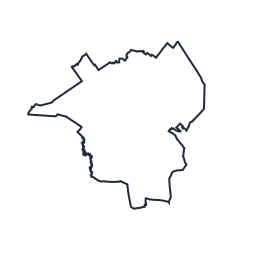 Balint, Timis, Romania, rotated 158°
{"feature_id": "2599482B87339498745971", "entity_name": "Balint", "entity_type": "district", "adm_level": 2, "iso_a3": "ROU", "parent_name": "Romania", "parent_adm1": "Timis", "projection": "mercator", "projection_center": [21.883, 45.829], "detail": "fine", "context": "isolated", "style": "outline", "palette": "slate", "viewbox_px": 256, "rotation_deg": 158, "n_neighbors": 0, "source": "geoboundaries", "source_scale": "gbopen_adm2", "svg_char_len": 5793}
<svg xmlns="http://www.w3.org/2000/svg" viewBox="0 0 256 256"><g transform="rotate(158 128 128)"><path d="M152.3,206.4L152.7,205.9L153.2,205.9L154.1,205.4L154.4,205.4L154.7,205.6L155.8,205.3L156.1,205.8L156.5,206.0L156.9,205.9L157.3,205.5L155.4,198.2L153.2,188.7L186.6,181.4L187.7,180.9L188.4,180.3L188.8,180.3L190.5,180.3L200.8,181.7L201.4,182.0L202.1,182.5L203.8,184.3L204.2,184.6L205.1,184.5L206.0,183.7L206.7,183.7L207.4,183.2L207.5,182.8L208.0,182.9L208.8,183.5L209.3,183.7L209.6,183.3L209.6,182.6L210.0,181.9L211.1,181.6L211.7,180.9L213.1,180.5L214.5,179.4L214.7,179.2L214.9,178.3L215.4,178.1L215.3,177.9L208.1,174.3L190.7,165.9L189.9,166.1L188.4,167.0L187.9,166.9L184.5,164.2L180.8,161.6L180.8,161.0L180.5,161.0L180.1,160.2L179.7,159.7L177.4,156.2L175.5,153.6L171.2,147.3L170.8,146.1L172.1,145.4L172.9,144.7L173.7,144.5L176.3,143.3L173.5,137.0L174.1,136.3L174.0,135.9L173.8,135.8L173.2,136.2L172.8,135.8L172.8,135.1L173.4,134.5L173.6,134.2L172.8,133.1L173.6,132.2L173.8,131.5L174.3,131.6L174.8,132.0L174.8,131.5L175.5,131.4L175.0,131.1L174.8,130.7L175.3,130.5L175.7,130.1L176.0,130.2L176.3,129.9L176.3,129.7L175.8,128.5L175.9,128.3L176.6,128.4L176.6,127.6L176.4,127.3L175.7,127.0L175.8,126.7L176.1,126.6L176.2,126.9L176.5,127.0L176.8,126.5L177.3,126.2L177.0,125.9L177.0,125.6L177.2,125.4L177.9,125.1L177.4,124.6L176.7,124.5L176.6,124.3L177.0,124.0L177.0,123.1L177.7,123.1L177.3,122.6L177.3,122.3L178.1,122.2L177.8,121.1L178.0,121.0L178.3,121.4L178.7,121.4L178.4,120.6L179.2,120.4L179.3,120.1L178.9,120.0L178.6,119.1L178.2,118.8L178.2,119.6L178.1,119.8L177.8,119.6L177.8,119.0L177.4,118.7L177.0,118.8L177.1,119.2L176.7,119.4L176.5,119.7L176.5,119.2L175.6,118.9L175.5,119.1L175.6,119.4L175.2,119.3L175.0,119.9L175.0,119.5L174.6,119.5L174.5,119.1L173.6,119.2L173.9,119.0L174.0,118.8L174.8,118.6L174.8,118.2L174.5,117.7L174.0,117.6L173.7,117.7L173.6,118.2L173.1,118.2L173.1,117.8L173.4,117.5L173.6,117.1L173.6,116.5L173.2,116.2L172.8,116.7L172.5,116.1L172.9,115.7L172.9,115.4L172.1,115.1L172.0,114.4L172.3,114.8L172.6,114.5L173.2,114.8L173.3,114.6L173.3,114.4L173.0,114.2L173.1,113.9L173.3,113.9L174.0,114.5L174.1,114.0L174.4,113.8L174.5,113.2L174.3,111.8L174.8,111.5L175.0,111.2L174.7,110.4L175.3,110.4L175.6,109.9L175.4,108.4L175.0,108.2L175.5,107.5L175.3,106.9L175.5,106.8L176.1,106.9L176.4,106.8L176.4,106.6L176.2,106.3L176.6,106.2L176.5,105.8L176.5,105.2L176.9,105.2L177.1,104.8L177.9,105.5L178.4,105.5L178.4,104.6L178.2,104.5L177.9,104.8L177.8,104.3L177.9,104.2L178.4,104.1L178.6,104.0L178.4,103.6L178.7,102.8L178.3,102.6L178.3,101.8L178.8,101.3L178.7,101.1L177.9,100.6L177.8,100.2L178.6,99.9L178.6,99.5L178.7,99.2L178.8,98.7L180.0,98.4L179.8,97.9L179.9,97.0L180.2,96.8L180.3,96.5L179.6,96.3L178.9,95.9L177.8,94.1L177.1,92.9L176.3,92.2L175.6,90.4L175.6,90.6L175.0,90.1L174.8,90.1L173.8,89.1L172.2,88.2L169.6,87.3L168.8,86.7L167.9,86.4L165.6,85.1L164.5,84.7L162.2,83.6L161.4,83.5L159.8,82.6L158.1,82.3L156.4,81.5L155.1,81.7L154.9,81.3L154.2,81.0L154.2,80.8L152.8,79.2L150.3,76.6L149.6,76.0L149.6,75.9L149.9,75.3L150.6,73.7L150.6,72.8L151.6,69.4L152.7,64.7L154.6,55.0L154.6,53.3L152.4,50.7L150.8,50.6L147.1,49.6L145.3,49.2L144.7,49.4L142.2,48.7L141.3,49.5L141.5,50.3L141.2,50.7L139.8,50.0L139.7,50.3L139.4,53.1L137.9,56.1L135.7,54.7L134.1,53.2L133.1,53.0L131.1,51.8L125.8,49.4L121.8,47.0L118.2,44.3L118.0,43.6L117.7,44.4L117.2,45.0L114.6,47.4L114.0,48.4L112.3,54.1L111.3,58.1L108.8,65.4L107.1,67.0L106.3,67.5L105.6,68.4L103.7,70.2L102.9,70.6L102.3,70.7L98.4,70.3L96.8,69.7L94.3,69.0L93.1,68.5L87.5,72.2L88.1,75.0L87.9,75.7L87.7,77.1L87.5,80.2L87.6,81.2L87.3,81.2L87.1,81.8L86.4,82.8L85.5,84.8L83.2,88.3L83.6,88.7L83.8,89.1L83.9,90.3L84.3,92.3L84.9,93.5L85.3,94.9L85.7,96.3L85.8,97.2L86.5,98.2L86.9,101.9L86.8,102.7L87.0,103.6L87.6,104.6L88.0,105.0L88.2,105.7L88.6,106.2L88.8,106.7L89.3,107.3L90.1,107.7L90.7,109.1L91.4,109.8L89.6,111.1L89.0,110.6L87.7,111.6L86.8,110.3L86.5,110.3L86.1,110.5L84.5,108.0L82.9,106.3L80.7,105.2L80.5,105.3L80.5,105.5L82.9,110.3L82.0,110.6L78.1,112.6L76.5,109.1L76.6,108.9L77.6,108.4L77.3,106.9L77.1,106.9L76.9,107.2L76.7,107.2L76.4,106.9L76.2,107.2L74.7,104.2L74.8,104.0L74.8,103.7L74.5,103.8L74.1,104.4L72.7,105.5L71.6,106.6L71.1,106.7L70.2,108.0L69.6,108.5L69.1,109.3L68.5,109.8L67.9,110.0L66.4,110.0L65.3,110.5L65.3,110.3L54.3,115.3L51.2,116.9L50.4,117.4L49.5,119.3L40.6,139.8L41.2,140.9L41.5,142.1L41.5,142.5L41.6,143.5L41.6,144.8L41.4,145.5L41.6,146.1L41.5,146.6L41.6,147.2L41.5,147.9L42.1,150.5L42.4,153.1L44.9,165.5L49.4,189.2L50.8,189.1L51.3,188.7L52.0,187.8L52.6,187.6L53.4,186.9L54.6,186.4L55.5,185.5L56.1,185.4L56.8,186.3L58.5,189.4L59.7,192.0L61.5,191.1L63.3,189.9L66.4,188.3L71.8,184.9L73.7,184.0L75.7,182.7L76.5,184.3L78.5,187.0L79.7,186.2L81.5,189.5L82.2,190.4L83.9,189.5L85.8,192.8L84.7,193.1L84.8,193.6L85.5,193.5L85.9,193.8L86.4,194.0L87.3,194.6L88.6,194.6L89.4,195.3L90.2,195.6L91.0,195.5L91.3,195.6L92.3,196.8L93.2,197.1L93.6,197.7L95.0,198.4L95.5,199.2L95.9,199.2L96.7,198.6L98.8,197.7L99.3,197.8L100.4,197.7L100.6,197.5L101.0,196.8L102.0,196.4L102.2,196.1L102.4,195.4L102.0,193.9L102.1,193.7L102.3,193.5L103.4,193.3L103.8,192.8L104.3,192.5L104.6,191.9L105.3,191.9L105.6,191.7L105.8,191.7L106.1,192.4L106.7,193.5L107.5,194.6L109.8,195.5L110.5,194.5L111.6,192.1L112.3,192.4L112.6,192.6L113.6,192.8L113.9,193.0L113.7,194.0L113.7,194.4L113.9,194.7L114.9,194.2L115.9,193.8L116.5,193.1L117.2,193.3L118.1,194.3L118.7,194.0L119.1,194.3L119.4,194.6L119.9,195.6L133.6,192.8L134.9,199.1L135.9,198.9L138.9,212.0L138.9,212.4L139.4,212.1L140.5,212.0L141.6,211.5L142.2,211.7L142.8,211.6L144.2,211.0L144.5,210.5L144.8,209.9L145.4,209.8L146.9,208.2L147.8,208.1L148.2,207.5L149.5,207.1L149.8,206.7L149.9,206.3L150.0,206.2L150.4,206.3L150.8,206.2L151.1,205.6L151.5,206.1L151.7,206.4L152.3,206.4Z" fill="none" stroke="#1e293b" stroke-width="2"/></g></svg>